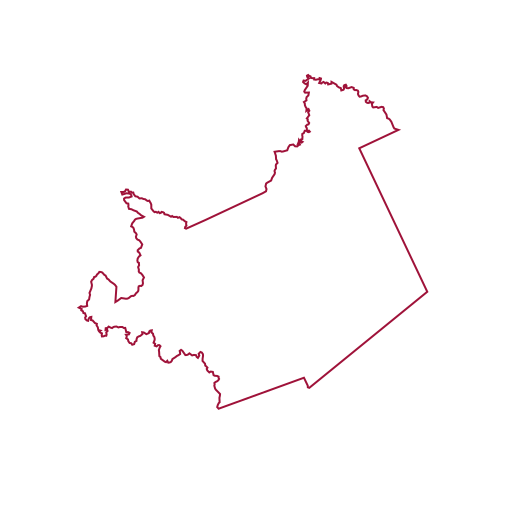 Itapuã do Oeste, Rondônia, Brazil (Mercator projection), rotated 335°
{"feature_id": "56859067B5479725991078", "entity_name": "Itapuã do Oeste", "entity_type": "district", "adm_level": 2, "iso_a3": "BRA", "parent_name": "Brazil", "parent_adm1": "Rondônia", "projection": "mercator", "projection_center": [-63.164, -9.133], "detail": "fine", "context": "isolated", "style": "outline", "palette": "rose", "viewbox_px": 512, "rotation_deg": 335, "n_neighbors": 0, "source": "geoboundaries", "source_scale": "gbopen_adm2", "svg_char_len": 6108}
<svg xmlns="http://www.w3.org/2000/svg" viewBox="0 0 512 512"><g transform="rotate(335 256 256)"><path d="M248.6,398.0L396.1,360.8L395.1,202.0L438.4,201.9L435.3,199.0L435.1,197.7L435.4,191.5L434.9,188.8L434.3,187.6L433.1,186.5L434.0,182.9L433.2,177.7L434.2,176.4L434.2,174.9L432.9,173.9L429.3,173.4L428.4,171.9L425.0,170.9L424.6,169.8L425.3,167.1L426.9,166.3L425.2,165.3L424.4,163.8L423.8,165.0L422.2,164.7L421.3,163.9L420.7,162.7L421.2,161.3L422.6,161.2L424.3,160.0L424.1,158.2L423.0,156.7L420.6,155.9L418.6,155.8L417.2,155.4L416.8,153.9L416.9,152.2L418.1,150.6L418.2,149.2L417.1,148.0L415.8,147.5L415.0,146.3L415.6,144.9L414.0,143.3L410.6,143.0L409.1,142.1L408.5,140.6L409.9,140.2L409.8,138.7L408.2,138.5L407.2,139.2L406.5,141.6L405.5,142.3L403.3,142.0L403.8,139.6L402.5,138.4L401.3,136.3L401.3,134.7L398.0,130.1L397.2,131.7L393.9,131.0L394.2,129.5L393.0,128.5L391.7,128.9L390.8,126.8L389.3,126.8L388.2,127.3L386.4,125.9L389.2,123.6L389.9,122.6L388.8,121.6L388.0,122.6L386.5,121.9L384.8,121.6L383.3,120.6L383.9,119.4L382.3,118.7L381.2,117.9L381.3,116.2L380.2,115.2L379.8,114.0L378.4,114.1L378.1,115.3L379.1,117.4L374.9,118.2L373.3,117.1L372.2,118.2L373.0,120.2L374.2,121.7L376.3,120.8L374.8,123.6L370.4,126.2L369.2,127.4L369.5,128.7L373.0,130.2L371.3,132.6L369.0,133.4L368.0,134.7L367.5,136.3L364.5,136.7L364.7,138.3L364.0,140.2L364.0,142.4L364.3,143.6L363.0,145.7L365.7,145.1L365.7,146.9L364.0,147.7L363.8,150.9L360.2,152.8L360.7,154.0L359.9,155.2L360.4,157.9L359.2,158.9L358.0,158.6L356.0,159.3L355.9,160.4L356.1,161.6L355.0,164.1L353.1,163.1L351.3,164.8L349.6,164.9L348.9,166.1L348.6,167.4L347.4,169.6L345.9,169.4L345.5,171.0L346.4,172.2L345.2,172.5L344.2,171.3L343.9,169.2L343.1,170.5L341.5,172.0L342.9,172.4L342.9,173.6L341.4,173.5L339.7,174.1L337.8,173.1L336.9,170.7L333.5,169.8L331.3,171.1L329.0,173.4L324.6,172.7L323.4,172.3L322.5,171.3L321.0,170.6L316.9,169.4L316.4,173.5L315.1,176.8L315.2,178.0L314.9,180.7L312.8,181.5L312.1,182.5L311.1,185.1L309.5,186.0L308.7,186.8L308.4,188.5L307.4,189.7L303.7,191.9L301.6,194.0L297.2,194.3L295.8,194.6L294.0,196.9L293.8,199.8L292.4,201.6L288.4,201.9L225.3,202.0L204.2,201.7L203.4,200.7L204.3,199.6L205.8,199.1L206.2,197.3L207.3,195.8L206.3,194.6L205.2,192.2L204.1,191.4L203.8,190.0L203.1,188.5L201.4,188.4L200.8,187.1L197.6,185.7L196.9,184.3L195.6,184.5L193.4,181.4L190.7,179.5L190.9,178.0L190.2,177.0L189.0,176.1L188.0,176.7L186.8,176.5L186.3,174.8L184.8,175.0L183.9,173.6L182.6,173.4L182.0,172.1L181.2,168.7L182.8,165.2L182.9,163.4L182.7,161.9L182.7,160.7L181.3,160.5L180.4,159.5L179.6,157.8L178.0,156.7L176.9,155.4L174.7,154.6L173.7,152.2L171.9,150.9L171.3,148.2L171.6,146.6L170.3,146.1L169.9,144.9L167.9,144.0L168.0,141.8L166.3,140.8L164.7,142.0L163.0,142.0L161.0,141.1L160.8,143.8L165.1,144.4L167.6,145.9L168.4,146.8L168.7,148.2L168.4,149.5L165.6,149.3L162.4,147.9L160.7,148.2L160.1,149.6L160.9,153.5L162.4,154.5L161.9,156.1L161.2,157.0L160.8,159.6L162.9,161.0L164.2,162.7L166.8,165.3L167.2,166.9L168.3,168.7L169.0,170.4L171.0,173.1L169.3,173.3L164.5,172.0L163.0,171.7L161.6,171.9L160.5,172.7L157.6,174.1L155.4,176.4L156.4,177.6L156.8,178.9L156.6,180.6L156.0,182.5L156.9,184.8L156.9,186.1L155.3,187.8L155.0,189.2L155.5,191.0L156.8,192.4L157.3,194.1L157.8,197.4L155.2,200.0L153.6,199.9L151.2,200.8L150.7,202.0L151.6,203.5L151.6,206.6L149.7,207.0L147.7,208.3L146.5,210.1L146.2,211.7L147.0,212.7L146.1,215.0L144.5,216.2L144.1,218.8L143.2,220.5L143.3,221.7L144.4,223.0L145.0,225.0L145.4,228.1L143.0,230.0L142.0,233.0L140.9,234.3L139.3,234.7L138.3,234.0L136.9,233.9L136.1,234.9L135.3,236.7L134.5,237.9L133.2,238.6L131.4,239.1L129.7,240.2L128.1,240.4L126.9,239.8L125.7,239.6L123.0,240.3L121.5,240.3L120.1,239.8L116.1,237.1L111.8,238.0L109.1,238.3L116.5,224.9L116.0,222.5L115.3,221.0L113.2,217.5L112.4,214.8L111.5,213.6L111.4,210.1L110.6,209.1L109.7,206.0L108.6,204.9L107.3,204.2L106.1,205.0L104.0,205.6L103.1,206.4L101.8,206.9L100.5,206.6L99.1,208.0L97.2,208.5L95.7,209.7L95.1,212.8L94.6,213.8L93.1,215.8L89.5,219.1L89.2,221.1L87.8,222.7L86.4,224.8L84.0,225.6L82.7,227.5L81.9,229.9L79.7,229.6L77.5,228.7L76.2,227.5L73.6,227.9L75.6,230.4L74.7,231.4L75.8,233.0L75.5,234.8L76.8,235.6L76.5,238.8L75.2,239.5L74.7,241.1L75.5,243.0L76.5,243.8L78.1,241.9L79.7,241.3L81.0,241.6L79.4,244.3L80.7,245.4L81.7,248.7L83.1,250.2L82.2,251.5L82.5,253.8L81.8,256.4L83.5,257.9L82.0,258.2L82.6,259.8L83.7,261.0L82.7,262.5L82.4,263.8L84.0,264.4L85.5,264.4L86.6,265.0L87.4,264.1L88.0,261.9L89.8,261.2L90.0,259.6L88.4,259.4L89.3,257.9L90.9,258.4L92.6,257.7L94.0,259.5L95.1,260.5L96.8,260.1L98.3,260.4L99.8,261.0L101.1,262.6L102.6,262.8L104.9,263.9L105.8,265.4L107.1,265.9L106.3,270.1L108.1,271.1L108.9,272.3L107.7,273.3L104.9,272.4L105.1,273.6L104.6,274.7L103.6,275.6L104.7,277.5L104.3,279.3L104.7,281.4L106.1,282.4L106.3,284.1L108.3,284.4L109.9,282.6L111.8,282.4L112.6,280.9L114.0,279.5L115.6,279.3L117.4,279.5L120.1,278.8L120.6,277.0L122.0,277.9L123.6,280.5L126.3,280.6L127.5,279.2L128.7,278.9L130.1,279.3L128.9,281.0L129.8,282.9L129.3,284.8L129.6,286.4L129.3,287.9L128.7,289.2L126.5,291.3L127.5,292.9L126.3,294.5L127.7,295.9L129.6,295.4L130.8,296.0L131.3,297.4L130.0,298.3L128.2,300.2L127.7,301.9L126.1,305.9L126.7,307.2L126.3,308.9L128.7,313.3L129.6,314.2L131.3,313.5L131.4,315.6L132.7,316.0L133.9,316.1L135.4,315.4L136.7,314.1L140.4,313.6L141.8,313.2L143.9,313.1L145.8,312.8L146.3,311.7L146.7,309.8L148.4,309.4L149.2,310.8L150.1,315.9L151.2,316.4L152.5,316.6L154.5,316.1L156.1,319.1L157.9,319.4L159.7,320.5L159.6,322.4L160.3,323.8L162.5,322.3L162.7,320.4L165.1,319.5L166.1,320.6L166.4,322.6L165.8,324.1L164.2,326.5L163.2,328.5L164.3,332.1L163.7,333.9L164.3,335.0L164.8,336.7L163.6,337.5L163.5,339.2L164.5,341.8L166.1,341.6L167.9,342.8L167.2,346.1L168.0,347.1L170.1,348.3L171.1,349.5L170.6,350.5L170.6,351.8L169.3,352.7L167.8,353.1L166.0,353.1L164.6,353.5L164.2,355.0L163.4,355.9L162.9,358.9L163.1,360.2L165.1,365.9L164.2,367.4L162.9,369.1L161.2,373.2L160.0,373.6L158.4,374.9L157.0,376.5L157.6,378.6L248.0,386.6L248.1,395.3L247.5,396.9L248.6,398.0ZM355.0,164.1L357.0,164.8L357.3,166.0L356.2,166.1L355.2,165.3L355.0,164.1Z" fill="none" stroke="#9f1239" stroke-width="2"/></g></svg>